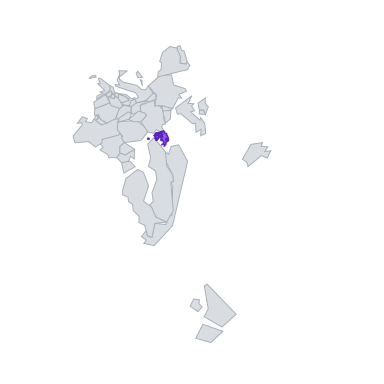 Denmark highlighted on a map of Europe, rotated 157°
{"feature_id": "DNK", "entity_name": "Denmark", "entity_type": "country or territory", "adm_level": 0, "iso_a3": "DNK", "parent_name": "Europe", "parent_adm1": "", "projection": "mercator", "projection_center": [10.731, 56.183], "detail": "fine", "context": "in_parent", "style": "filled", "palette": "violet", "viewbox_px": 384, "rotation_deg": 157, "n_neighbors": 37, "source": "natural_earth", "source_scale": "50m", "svg_char_len": 10759}
<svg xmlns="http://www.w3.org/2000/svg" viewBox="0 0 384 384"><g transform="rotate(157 192 192)"><path d="M199.1,62.2L217.1,56.0L229.6,72.5L222.7,78.1L217.4,100.7L214.1,101.2L199.1,62.2ZM255.9,170.7L249.0,174.5L250.1,169.0L246.6,165.9L238.4,177.7L228.8,172.2L225.0,179.5L219.8,178.3L207.6,204.6L207.7,209.3L204.9,209.2L203.2,215.0L204.2,232.4L200.7,239.3L198.8,236.0L193.4,242.1L185.9,240.7L184.1,221.9L223.1,168.6L247.8,157.4L256.4,163.5L252.9,165.7L255.9,170.7ZM245.7,55.9L233.7,66.0L218.1,51.7L233.4,46.0L245.7,55.9ZM238.3,87.6L232.2,92.9L227.3,89.9L229.2,86.5L227.6,82.3L233.3,79.5L238.3,87.6Z" fill="#d9dde1" stroke="#a8b0b8" stroke-width="1"/><path d="M177.3,276.4L192.6,285.5L187.0,294.9L190.8,306.7L175.4,311.8L165.1,307.8L167.1,297.7L158.0,289.9L157.7,286.9L165.9,287.1L165.0,282.3L167.6,284.1L177.3,276.4ZM194.5,314.6L196.2,309.3L195.7,315.4L194.5,314.6Z" fill="#d9dde1" stroke="#a8b0b8" stroke-width="1"/><path d="M200.7,239.3L205.1,225.8L203.2,215.0L204.9,209.2L207.7,209.3L216.5,182.4L227.1,174.2L235.1,183.0L236.1,196.6L231.3,198.5L229.1,207.0L219.4,217.3L217.4,225.6L222.0,232.6L216.6,240.0L214.0,253.4L205.9,257.0L200.7,239.3Z" fill="#d9dde1" stroke="#a8b0b8" stroke-width="1"/><path d="M247.8,253.0L255.2,256.1L254.9,259.6L260.2,266.5L256.4,267.7L257.7,272.1L254.4,275.6L235.0,274.5L234.9,263.9L240.6,262.1L243.2,255.8L247.8,253.0Z" fill="#d9dde1" stroke="#a8b0b8" stroke-width="1"/><path d="M266.6,299.2L270.8,299.9L263.5,304.2L259.6,300.4L262.7,298.4L257.4,295.0L249.2,300.5L249.7,296.0L252.9,296.1L249.2,289.2L238.7,290.8L231.1,288.0L236.1,279.5L235.0,274.5L237.9,273.1L254.4,275.6L255.4,272.4L263.2,271.1L267.6,278.9L280.5,283.0L279.6,290.1L266.5,296.7L266.6,299.2Z" fill="#d9dde1" stroke="#a8b0b8" stroke-width="1"/><path d="M234.9,263.9L235.8,269.5L234.1,270.4L236.4,278.3L233.0,285.5L214.8,279.5L209.1,268.2L209.2,264.6L218.8,259.4L234.9,263.9Z" fill="#d9dde1" stroke="#a8b0b8" stroke-width="1"/><path d="M217.0,289.2L214.4,295.1L210.6,296.1L196.4,293.4L205.9,291.9L207.7,286.1L215.7,286.5L217.0,289.2Z" fill="#d9dde1" stroke="#a8b0b8" stroke-width="1"/><path d="M231.1,288.0L232.8,290.2L228.2,296.5L221.1,298.7L214.9,294.4L217.0,289.2L231.1,288.0Z" fill="#d9dde1" stroke="#a8b0b8" stroke-width="1"/><path d="M243.5,288.8L249.2,289.2L252.9,296.1L249.7,296.0L248.0,299.8L247.7,294.6L243.5,288.8Z" fill="#d9dde1" stroke="#a8b0b8" stroke-width="1"/><path d="M248.0,299.8L251.7,300.6L248.9,306.7L233.4,306.2L226.0,297.3L234.0,289.3L243.5,288.8L247.7,294.6L248.0,299.8Z" fill="#d9dde1" stroke="#a8b0b8" stroke-width="1"/><path d="M243.2,255.8L240.6,262.1L234.9,263.9L228.2,253.7L238.7,252.0L243.2,255.8Z" fill="#d9dde1" stroke="#a8b0b8" stroke-width="1"/><path d="M245.4,246.5L247.8,253.0L243.2,255.8L238.7,252.0L228.2,253.7L232.3,245.0L234.5,248.9L239.5,243.9L245.4,246.5Z" fill="#d9dde1" stroke="#a8b0b8" stroke-width="1"/><path d="M247.3,236.0L245.4,246.5L237.2,244.8L234.5,237.5L247.3,236.0Z" fill="#d9dde1" stroke="#a8b0b8" stroke-width="1"/><path d="M209.2,264.6L211.6,276.6L204.0,280.2L207.7,286.1L205.9,291.9L190.9,291.3L192.6,285.5L188.7,284.7L187.0,280.8L186.8,273.3L189.2,271.6L189.9,264.9L192.7,265.7L194.6,263.4L193.8,258.9L197.6,258.8L200.4,263.4L204.8,261.2L209.2,264.6Z" fill="#d9dde1" stroke="#a8b0b8" stroke-width="1"/><path d="M232.7,304.7L233.4,306.2L248.9,306.7L247.3,313.1L233.5,315.5L232.7,304.7Z" fill="#d9dde1" stroke="#a8b0b8" stroke-width="1"/><path d="M242.6,336.7L238.3,338.0L235.0,336.8L235.5,335.3L242.6,336.7ZM228.1,317.3L243.5,314.7L242.0,317.4L235.6,317.9L237.5,319.9L232.6,319.4L236.5,328.6L233.9,327.7L234.0,332.9L232.2,332.9L225.8,321.7L228.1,317.3Z" fill="#d9dde1" stroke="#a8b0b8" stroke-width="1"/><path d="M228.1,317.3L225.8,321.7L223.7,319.5L224.6,310.5L228.1,317.3Z" fill="#d9dde1" stroke="#a8b0b8" stroke-width="1"/><path d="M215.9,295.8L223.7,300.8L213.7,302.4L221.1,311.3L214.4,307.4L211.3,301.4L207.9,301.2L215.9,295.8Z" fill="#d9dde1" stroke="#a8b0b8" stroke-width="1"/><path d="M196.7,291.7L198.9,295.9L190.4,298.7L186.9,296.7L188.9,291.6L196.7,291.7Z" fill="#d9dde1" stroke="#a8b0b8" stroke-width="1"/><path d="M186.3,281.0L187.4,283.6L186.0,283.3L186.3,281.0Z" fill="#d9dde1" stroke="#a8b0b8" stroke-width="1"/><path d="M187.3,277.9L186.0,283.3L177.3,276.4L184.0,274.9L187.3,277.9Z" fill="#d9dde1" stroke="#a8b0b8" stroke-width="1"/><path d="M189.3,265.9L187.3,277.9L179.5,275.5L183.3,267.7L189.3,265.9Z" fill="#d9dde1" stroke="#a8b0b8" stroke-width="1"/><path d="M145.5,313.5L147.6,312.0L152.8,315.4L149.7,321.7L151.0,327.2L148.8,331.5L145.9,331.4L146.1,326.5L144.2,324.9L145.5,313.5Z" fill="#d9dde1" stroke="#a8b0b8" stroke-width="1"/><path d="M149.9,330.6L149.7,321.7L152.8,315.4L147.6,312.0L145.5,313.5L144.5,309.3L148.4,306.5L178.6,311.3L176.1,315.9L172.6,316.7L169.6,322.8L170.7,324.9L164.5,332.0L155.6,334.5L149.9,330.6Z" fill="#d9dde1" stroke="#a8b0b8" stroke-width="1"/><path d="M153.3,264.1L151.7,271.4L142.9,273.4L145.2,268.7L143.7,264.0L149.5,258.1L149.5,263.2L153.3,264.1Z" fill="#d9dde1" stroke="#a8b0b8" stroke-width="1"/><path d="M199.1,294.2L208.3,295.8L208.7,299.4L204.3,300.2L205.0,305.2L220.9,319.1L220.7,321.0L216.7,318.8L217.2,324.3L213.5,327.8L214.6,324.1L212.7,320.2L201.1,311.8L198.4,305.9L194.8,304.2L190.8,306.7L189.2,297.8L199.1,294.2ZM204.5,328.8L213.0,326.6L211.9,332.2L204.5,328.8ZM192.8,316.9L197.3,318.6L196.9,323.3L194.6,324.3L192.8,316.9Z" fill="#d9dde1" stroke="#a8b0b8" stroke-width="1"/><path d="M153.3,264.1L149.5,263.2L149.5,258.1L154.8,260.9L153.3,264.1ZM161.9,266.2L156.5,254.9L155.0,257.2L153.5,250.0L156.6,240.5L162.1,240.4L159.2,246.1L165.0,245.4L161.8,254.0L164.6,254.3L171.7,268.4L175.0,269.3L174.3,275.7L154.5,280.7L161.0,275.1L155.9,272.6L158.8,271.3L157.8,265.8L161.9,266.2Z" fill="#d9dde1" stroke="#a8b0b8" stroke-width="1"/><path d="M130.5,193.5L129.8,197.9L132.9,202.4L119.1,212.8L107.8,209.9L110.5,207.1L104.5,204.0L109.2,200.8L103.5,199.2L109.5,193.8L113.8,198.4L130.5,193.5Z" fill="#d9dde1" stroke="#a8b0b8" stroke-width="1"/><path d="M208.3,295.8L214.9,294.4L215.9,295.8L212.5,299.9L208.1,299.8L208.3,295.8Z" fill="#d9dde1" stroke="#a8b0b8" stroke-width="1"/><path d="M250.1,169.0L248.6,179.8L252.8,184.7L250.2,190.1L253.4,197.9L251.6,203.6L254.1,208.3L252.9,212.4L257.0,216.6L256.0,219.6L247.5,230.3L233.2,233.9L229.0,229.1L229.6,214.6L240.2,202.5L235.1,193.9L235.1,183.0L227.1,174.2L238.4,177.7L246.6,165.9L250.1,169.0Z" fill="#d9dde1" stroke="#a8b0b8" stroke-width="1"/><path d="M232.4,285.2L230.5,288.4L219.5,290.7L216.8,287.8L221.4,283.5L232.4,285.2Z" fill="#d9dde1" stroke="#a8b0b8" stroke-width="1"/><path d="M211.6,276.6L218.6,279.8L222.2,283.5L209.8,287.4L204.8,283.3L204.0,280.2L211.6,276.6Z" fill="#d9dde1" stroke="#a8b0b8" stroke-width="1"/><path d="M221.4,310.7L215.6,305.4L214.2,300.8L223.6,302.2L223.8,307.2L221.4,310.7Z" fill="#d9dde1" stroke="#a8b0b8" stroke-width="1"/><path d="M231.9,311.9L233.5,315.5L227.0,316.4L227.4,312.9L231.9,311.9Z" fill="#d9dde1" stroke="#a8b0b8" stroke-width="1"/><path d="M222.1,298.1L226.0,297.3L232.8,303.3L232.3,311.4L229.7,312.2L227.6,308.3L226.1,310.1L223.2,307.4L222.1,298.1Z" fill="#d9dde1" stroke="#a8b0b8" stroke-width="1"/><path d="M225.5,310.9L223.6,313.5L221.1,311.3L223.2,307.4L225.5,310.9Z" fill="#d9dde1" stroke="#a8b0b8" stroke-width="1"/><path d="M227.0,313.6L225.5,310.9L227.1,308.5L230.2,310.5L227.0,313.6Z" fill="#d9dde1" stroke="#a8b0b8" stroke-width="1"/><path d="M197.1,259.6L196.9,259.5L196.8,259.4L196.5,259.5L196.0,259.7L195.8,259.6L195.6,259.5L194.8,259.2L194.7,259.2L194.2,259.2L194.2,258.8L194.1,258.5L193.9,258.1L194.2,258.0L194.1,257.1L194.0,256.7L193.3,256.3L192.7,255.8L192.9,254.4L192.9,254.0L192.7,253.2L192.7,252.3L192.8,250.9L193.0,250.8L193.7,251.1L193.9,251.1L194.0,251.3L194.3,251.2L194.4,250.8L194.8,250.2L195.1,250.0L195.3,249.9L195.5,250.1L195.6,250.4L195.7,249.9L195.8,248.8L195.4,248.7L195.1,248.8L194.8,249.5L194.5,250.3L194.0,250.3L193.6,250.6L193.3,250.3L193.1,250.1L193.1,249.8L193.1,249.6L193.5,249.0L194.1,248.3L194.6,248.3L195.0,248.1L195.9,248.2L196.3,248.0L196.6,247.7L197.3,246.5L197.7,245.9L198.6,245.8L199.3,245.1L199.5,245.1L199.2,245.6L199.1,245.8L199.1,246.0L199.3,246.6L199.3,247.0L199.3,247.7L199.1,248.0L198.8,248.8L198.7,248.9L198.6,249.8L198.7,250.0L198.6,250.8L198.9,251.1L199.2,251.3L200.2,251.3L200.3,251.4L200.4,251.7L200.3,252.1L200.2,252.4L199.9,252.7L199.6,252.9L199.3,252.9L199.0,252.5L198.9,252.6L198.7,252.8L198.5,253.8L198.4,254.5L198.1,254.5L197.9,254.5L197.6,254.6L197.7,254.8L197.9,255.0L197.6,255.3L197.3,255.6L197.2,255.8L196.9,256.0L196.7,256.3L196.8,256.7L196.9,257.1L196.9,257.4L196.9,257.7L196.5,258.2L196.4,258.5L196.7,258.5L196.9,258.6L197.0,258.7L197.1,258.9L197.0,259.1L197.1,259.6ZM204.9,254.9L204.9,255.4L204.8,255.6L204.7,255.7L204.5,255.8L204.2,255.9L204.0,256.1L203.9,256.5L204.1,256.7L204.4,256.9L204.5,257.4L204.2,257.6L203.6,257.8L203.5,258.4L203.6,258.8L203.5,259.2L203.5,259.6L203.0,259.8L202.6,259.1L202.6,258.9L202.5,258.5L202.5,258.3L202.4,257.8L201.9,257.7L201.7,257.7L201.5,257.8L201.4,257.7L201.1,257.1L201.1,256.5L201.0,256.1L200.9,256.0L200.9,255.8L200.8,255.7L200.6,255.6L200.5,255.2L201.2,255.2L201.4,255.2L201.5,255.1L201.9,254.5L201.9,254.3L201.9,254.2L202.3,254.1L202.5,254.3L202.5,254.7L202.5,255.2L202.8,255.3L203.0,255.0L203.0,254.8L203.1,254.7L203.2,254.4L203.1,254.2L203.5,253.6L204.0,253.3L204.5,253.4L204.8,253.5L205.0,253.7L204.8,254.1L204.8,254.3L204.9,254.9ZM199.6,255.8L199.7,256.0L199.9,256.6L200.1,257.2L200.0,257.4L200.1,257.8L200.0,258.1L199.6,258.5L199.1,258.5L198.6,258.3L197.8,257.9L197.8,257.7L197.7,257.6L197.5,257.0L197.5,256.2L197.8,256.1L198.6,255.8L198.8,255.8L199.0,256.0L199.6,255.8L199.6,255.8ZM201.6,259.2L202.1,259.5L202.4,259.5L202.6,259.6L202.7,259.8L202.7,260.3L202.2,260.3L201.9,260.5L200.7,259.8L200.7,259.2L200.8,259.0L201.3,259.0L201.6,259.2ZM211.8,258.6L211.7,258.7L211.3,258.6L210.7,258.2L210.8,257.6L211.0,257.3L212.0,258.0L212.0,258.3L211.8,258.6ZM199.9,259.9L199.7,259.9L199.6,259.6L199.6,259.4L199.8,259.2L199.9,258.9L200.2,258.5L200.4,258.0L200.5,258.0L200.4,258.4L200.0,259.7L199.9,259.9ZM198.0,259.3L197.7,259.3L197.6,259.2L197.3,259.2L197.2,258.4L197.3,258.4L197.8,258.8L198.0,259.2L198.0,259.3ZM204.9,258.9L204.8,259.0L204.3,258.9L203.9,259.2L203.7,259.1L203.7,258.9L203.8,258.8L204.0,258.8L204.1,258.6L204.1,258.4L204.2,258.5L204.5,258.6L204.8,258.7L204.9,258.9ZM199.5,254.9L199.5,255.0L199.3,254.9L199.3,254.6L199.3,254.3L199.3,254.1L199.4,253.9L199.6,254.3L199.7,254.5L199.5,254.9ZM200.7,247.6L200.3,247.6L200.4,247.3L200.8,247.2L201.1,247.3L200.8,247.5L200.7,247.6ZM199.2,259.5L198.8,259.4L198.4,259.0L198.4,258.9L198.6,259.0L198.8,259.2L199.0,259.2L199.2,259.4L199.2,259.5ZM205.2,255.8L204.9,256.1L204.8,255.8L204.9,255.6L205.0,255.4L205.1,255.6L205.2,255.8Z" fill="#8b5cf6" stroke="#5b21b6" stroke-width="1.5"/></g></svg>